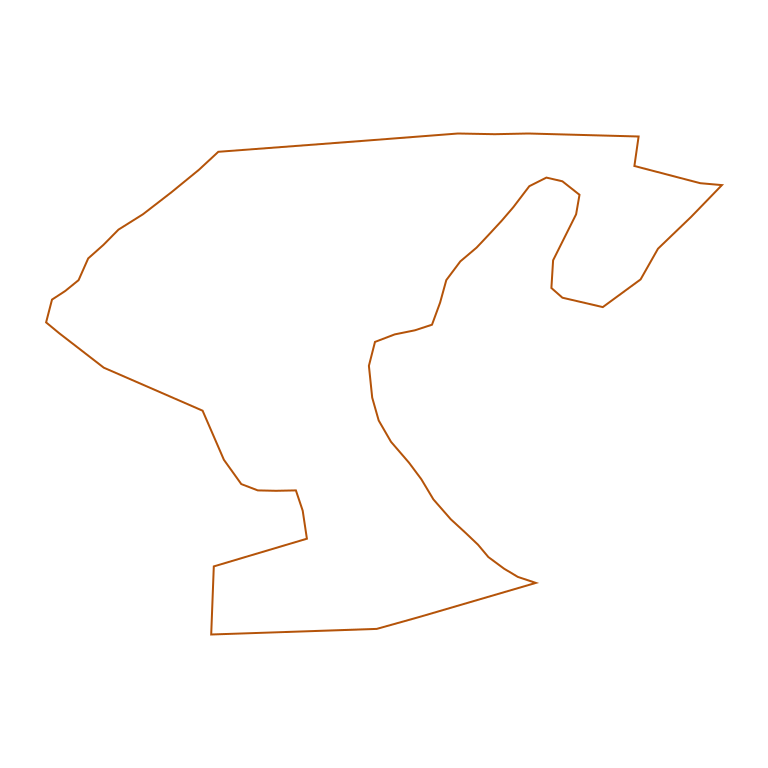 the district of Colinas, Rio Grande do Sul, Brazil, rotated 180°
{"feature_id": "56859067B64353341132274", "entity_name": "Colinas", "entity_type": "district", "adm_level": 2, "iso_a3": "BRA", "parent_name": "Brazil", "parent_adm1": "Rio Grande do Sul", "projection": "equal_earth", "projection_center": [-51.881, -29.385], "detail": "fine", "context": "isolated", "style": "outline", "palette": "amber", "viewbox_px": 768, "rotation_deg": 180, "n_neighbors": 0, "source": "geoboundaries", "source_scale": "gbopen_adm2", "svg_char_len": 1025}
<svg xmlns="http://www.w3.org/2000/svg" viewBox="0 0 768 768"><g transform="rotate(180 384 384)"><path d="M46.1,582.9L67.7,584.8L133.6,602.0L129.4,631.5L239.6,634.5L273.2,633.8L310.0,634.5L405.6,627.1L549.7,616.2L569.1,598.2L596.5,575.8L625.1,553.7L649.5,538.4L664.7,523.0L679.8,509.6L689.4,487.9L702.8,477.0L716.0,468.4L721.9,445.6L708.7,434.7L664.2,400.3L565.4,357.3L544.1,308.2L526.7,283.9L510.2,277.6L492.0,277.2L472.1,277.6L465.3,257.3L461.1,229.3L554.2,201.6L556.8,133.5L391.3,139.1L349.8,150.7L232.2,185.1L250.2,191.1L263.9,199.3L279.6,210.9L290.0,223.3L302.6,235.3L317.2,248.7L334.6,268.6L346.7,288.8L359.0,305.3L377.0,326.2L389.3,347.5L395.8,370.4L399.1,402.2L393.0,426.1L373.3,433.6L353.1,437.7L336.0,443.3L327.9,465.4L321.7,487.9L307.7,506.6L291.4,520.4L279.7,532.8L266.2,547.4L254.7,560.8L238.7,581.8L221.6,590.4L205.6,586.7L188.5,573.2L191.9,553.7L214.9,507.7L216.6,480.0L205.6,470.3L165.2,460.9L127.4,488.6L110.0,519.3L96.8,532.0L76.9,551.1L46.1,582.9Z" fill="none" stroke="#b45309" stroke-width="2"/></g></svg>